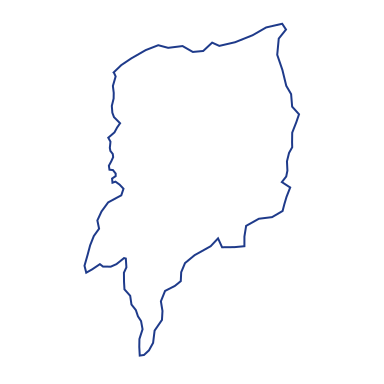 the district of Akoursos, Paphos, Cyprus, rotated 353°
{"feature_id": "46923920B92480044659447", "entity_name": "Akoursos", "entity_type": "district", "adm_level": 2, "iso_a3": "CYP", "parent_name": "Cyprus", "parent_adm1": "Paphos", "projection": "orthographic", "projection_center": [32.419, 34.879], "detail": "fine", "context": "isolated", "style": "outline", "palette": "blue", "viewbox_px": 384, "rotation_deg": 353, "n_neighbors": 0, "source": "geoboundaries", "source_scale": "gbopen_adm2", "svg_char_len": 1557}
<svg xmlns="http://www.w3.org/2000/svg" viewBox="0 0 384 384"><g transform="rotate(353 192 192)"><path d="M120.2,348.0L124.5,347.9L130.0,343.9L135.0,337.0L138.0,325.0L146.6,315.3L148.2,306.5L147.8,296.7L153.2,286.9L163.6,283.1L170.0,279.1L171.5,270.3L176.4,261.7L186.9,255.0L203.9,248.1L212.2,241.2L215.1,250.5L227.4,251.9L237.4,252.2L238.6,242.6L241.6,232.2L255.1,226.7L268.4,226.7L279.6,221.9L282.2,215.3L285.2,208.4L290.0,199.5L282.4,193.1L287.4,188.1L289.3,182.4L290.0,173.1L293.1,165.0L296.9,159.8L297.4,154.7L298.7,145.3L304.0,135.5L307.7,127.9L301.8,119.5L302.3,106.9L298.5,98.1L296.6,81.9L293.3,66.2L296.8,50.3L305.1,42.2L302.0,36.0L285.7,37.7L271.2,43.8L253.0,48.6L236.9,50.3L230.2,46.2L220.3,53.4L209.9,53.1L200.4,46.0L185.9,46.0L176.4,42.2L163.4,45.5L148.2,51.9L137.3,57.4L128.8,63.8L129.1,64.2L130.3,68.0L126.4,77.1L126.4,84.1L125.6,89.7L122.9,96.8L122.6,103.6L123.7,108.2L129.0,115.0L125.5,118.9L122.3,123.4L115.5,127.9L117.2,132.1L116.7,134.4L115.8,138.2L116.0,141.3L118.0,144.6L118.0,147.8L115.6,151.7L112.7,155.8L112.8,159.8L116.2,160.6L118.5,164.4L118.2,166.9L114.3,168.9L114.2,173.1L117.3,172.4L121.0,175.8L124.4,180.4L121.4,186.7L115.9,188.8L107.5,192.1L99.8,200.3L94.6,208.7L95.3,217.1L89.2,223.7L84.4,232.5L80.7,241.7L76.3,252.1L77.2,259.2L83.3,256.7L91.8,252.4L94.6,255.2L102.3,256.2L108.2,254.4L116.5,249.3L118.2,250.0L117.7,258.8L114.6,263.8L113.6,272.7L113.1,280.4L118.0,287.5L118.2,296.3L121.9,302.4L123.2,308.8L125.7,313.9L126.2,322.2L121.9,331.5L120.8,339.3L120.2,348.0Z" fill="none" stroke="#1e3a8a" stroke-width="2"/></g></svg>